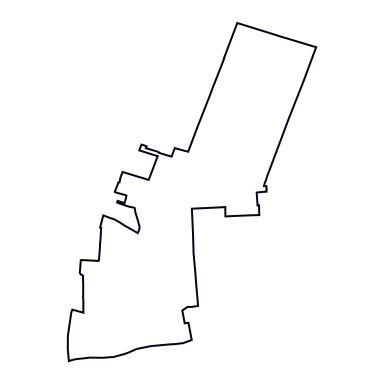 Grojdibodu, Romania (Robinson projection)
{"feature_id": "2599482B80602917184212", "entity_name": "Grojdibodu", "entity_type": "district", "adm_level": 2, "iso_a3": "ROU", "parent_name": "Romania", "parent_adm1": "", "projection": "robinson", "projection_center": [24.245, 43.755], "detail": "fine", "context": "isolated", "style": "outline", "palette": "ink", "viewbox_px": 384, "rotation_deg": 0, "n_neighbors": 0, "source": "geoboundaries", "source_scale": "gbopen_adm2", "svg_char_len": 2737}
<svg xmlns="http://www.w3.org/2000/svg" viewBox="0 0 384 384"><path d="M68.9,361.0L74.9,359.3L90.6,357.6L102.7,357.8L108.9,357.3L113.2,357.1L125.1,353.8L125.9,353.5L127.5,353.0L128.2,352.7L136.6,349.0L150.9,346.1L168.4,344.5L169.2,344.4L169.7,344.4L173.8,344.2L183.0,343.2L191.7,340.0L189.3,327.2L188.5,322.8L184.7,323.3L182.3,310.4L184.9,308.7L187.5,307.0L191.7,306.9L198.1,305.9L196.7,290.2L195.6,277.1L195.7,276.6L193.5,252.5L193.5,249.6L192.9,231.0L192.5,222.5L191.9,208.7L217.3,207.5L225.3,207.1L225.4,216.4L240.8,215.7L250.9,215.3L259.3,215.1L259.0,205.3L257.5,205.4L257.1,198.4L257.0,197.1L256.7,192.6L257.0,192.5L258.2,192.3L260.0,192.2L261.5,192.0L263.0,191.9L266.5,191.7L266.5,190.8L266.5,190.4L266.4,190.4L266.4,189.4L266.6,189.4L266.6,188.7L266.5,187.9L266.5,187.7L266.4,186.1L264.0,186.1L265.0,182.2L265.9,180.5L267.0,176.8L267.2,176.3L280.3,141.3L288.9,118.3L303.0,82.6L305.3,76.5L312.3,57.6L315.6,48.7L316.2,47.2L313.4,46.4L278.1,35.8L277.3,35.5L272.3,33.9L239.1,23.6L238.2,23.3L237.7,23.2L237.3,23.0L227.7,48.3L225.3,54.8L224.0,58.2L223.8,58.7L224.1,58.8L216.6,77.9L212.7,87.8L210.6,93.6L206.1,105.1L203.7,111.1L201.5,116.8L198.9,123.4L196.7,129.0L188.2,151.7L182.1,150.2L174.8,148.1L171.6,156.6L165.7,154.9L158.9,152.8L158.9,152.4L158.6,152.2L158.1,151.9L157.6,151.7L156.1,151.2L146.3,148.3L145.9,148.2L146.6,146.3L144.6,145.6L144.1,145.3L143.2,145.1L141.5,144.6L139.3,150.4L157.1,156.0L157.3,155.9L157.7,156.0L155.3,162.4L154.6,164.4L148.7,179.9L122.6,172.0L120.6,177.1L120.5,177.8L120.2,178.7L120.1,179.3L119.9,180.8L119.6,181.5L119.4,182.1L119.4,182.4L118.5,182.3L117.5,185.1L117.3,185.5L116.9,186.4L115.6,189.9L114.8,191.7L114.8,191.9L114.9,192.1L115.6,192.4L125.0,195.0L125.9,195.3L126.3,195.4L126.5,195.6L126.4,196.0L126.0,197.2L126.0,197.8L125.9,198.5L125.7,199.3L125.0,201.5L124.5,203.1L117.7,200.9L117.1,202.5L119.7,203.6L121.9,204.3L123.6,204.9L125.9,205.7L126.8,206.0L127.6,206.2L129.4,206.8L130.2,206.9L131.9,207.2L133.1,207.5L133.8,207.7L134.6,207.9L134.8,208.1L134.9,208.4L135.1,210.6L135.3,212.0L135.5,212.8L136.0,214.5L137.0,217.5L138.1,221.4L138.6,223.2L139.2,225.4L139.4,226.1L139.5,227.1L139.4,228.2L139.2,229.8L139.0,230.3L138.7,230.9L138.4,231.6L137.8,233.1L131.4,229.4L124.9,225.8L120.4,222.8L114.9,219.6L109.9,217.9L103.3,215.4L100.1,227.6L101.2,227.8L101.0,230.2L100.7,235.0L100.7,235.9L100.7,236.8L100.1,242.9L99.9,248.1L98.9,260.7L98.6,260.9L81.0,260.0L80.8,260.2L79.8,272.9L79.9,273.2L80.3,273.7L81.2,274.8L82.0,274.9L82.4,275.0L82.7,275.3L83.0,275.6L83.1,278.4L83.0,280.6L83.1,281.1L83.2,281.5L83.1,283.1L83.2,284.0L83.2,292.9L83.1,298.8L83.4,299.8L83.3,306.3L83.4,312.7L72.4,309.7L71.3,312.4L68.5,331.7L67.9,335.9L67.8,349.6L68.9,361.0Z" fill="none" stroke="#020617" stroke-width="2"/></svg>